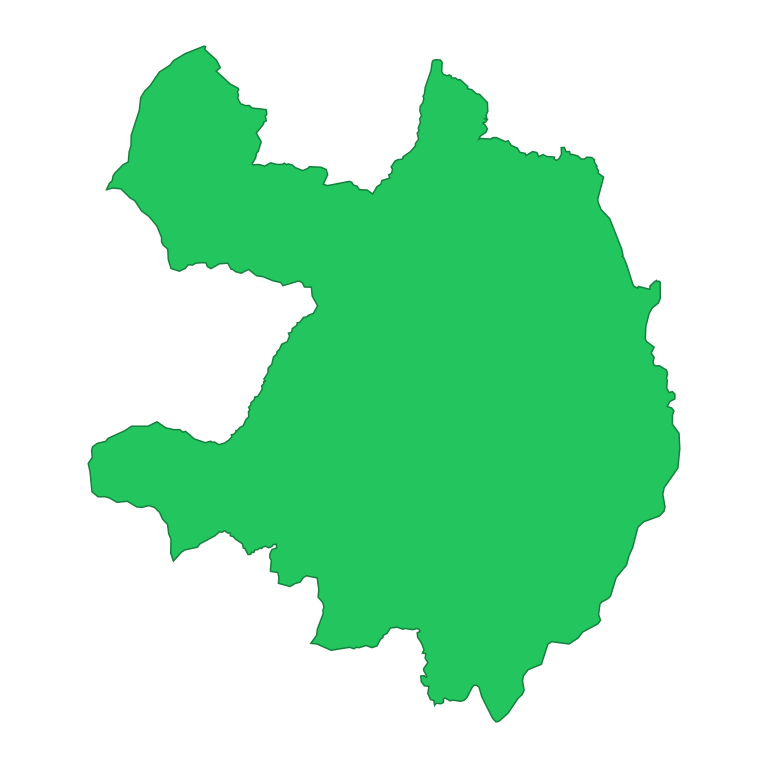 the district of Palermo, Huila, Colombia
{"feature_id": "7082276B31327332190978", "entity_name": "Palermo", "entity_type": "district", "adm_level": 2, "iso_a3": "COL", "parent_name": "Colombia", "parent_adm1": "Huila", "projection": "orthographic", "projection_center": [-75.466, 2.914], "detail": "fine", "context": "isolated", "style": "filled", "palette": "green", "viewbox_px": 768, "rotation_deg": 0, "n_neighbors": 0, "source": "geoboundaries", "source_scale": "gbopen_adm2", "svg_char_len": 6081}
<svg xmlns="http://www.w3.org/2000/svg" viewBox="0 0 768 768"><path d="M131.0,145.5L129.1,152.0L128.3,162.0L123.0,164.8L114.9,173.0L113.1,175.9L112.1,180.9L109.5,183.2L106.5,189.7L112.8,188.0L120.9,188.9L130.3,198.1L134.8,200.7L141.6,211.0L149.0,216.5L153.7,222.1L157.1,226.4L161.5,237.4L161.6,242.0L163.2,245.2L167.8,249.1L168.3,259.5L171.0,268.5L179.4,271.2L185.3,268.4L188.3,264.7L192.5,265.1L195.7,263.2L202.2,262.7L206.0,262.9L207.4,266.6L211.0,268.6L219.5,263.8L227.9,263.2L231.1,269.3L232.8,269.4L235.5,271.7L241.3,273.2L248.6,269.4L256.5,275.7L263.1,276.7L273.1,280.8L280.7,282.5L283.0,285.6L299.1,280.9L302.5,283.0L304.4,287.0L311.4,287.2L312.2,296.0L317.6,305.8L313.3,313.4L308.1,315.4L307.0,317.0L303.6,317.3L299.6,322.4L297.2,322.8L296.8,325.3L292.3,328.5L291.7,332.1L288.4,333.2L289.6,336.1L287.2,341.8L281.7,344.2L279.5,349.3L277.0,351.7L276.5,354.4L273.6,356.7L271.7,364.6L268.1,368.1L268.0,372.8L263.9,379.1L265.3,381.2L263.8,381.6L263.6,384.2L261.7,385.7L262.2,389.1L257.9,396.3L254.7,397.1L254.4,399.5L250.9,402.8L250.9,405.1L248.6,407.4L249.9,409.6L248.5,411.6L248.7,417.0L245.9,419.6L243.2,425.8L240.2,427.2L237.0,430.8L235.9,430.6L235.9,432.1L233.6,434.4L231.4,434.7L231.7,437.1L228.8,440.1L224.6,443.0L218.8,444.7L214.5,442.0L212.0,442.3L210.7,441.2L205.3,442.7L194.2,438.9L185.6,431.4L182.7,432.1L179.9,429.6L173.9,429.7L165.7,427.8L157.0,421.8L148.0,426.2L131.5,426.2L125.2,430.5L108.0,438.4L105.6,441.4L97.4,443.3L92.6,446.8L91.6,450.0L92.2,457.5L88.2,463.6L90.0,471.4L92.0,491.8L98.1,496.8L105.0,496.7L109.5,498.0L117.0,502.3L127.3,501.3L136.7,506.9L142.2,507.4L148.6,505.6L154.6,507.4L159.6,512.4L162.6,519.2L167.6,524.5L168.7,533.7L171.0,539.3L170.7,553.1L173.4,561.1L181.5,552.1L185.2,549.8L197.4,547.2L200.1,543.7L214.8,535.9L219.5,531.9L222.2,532.2L224.5,530.7L227.9,533.1L230.0,533.0L230.4,535.8L233.6,536.8L235.1,538.9L242.5,543.9L243.3,548.1L244.8,548.4L248.1,554.6L250.7,554.3L251.6,552.3L253.8,552.5L254.8,549.9L257.6,549.7L259.7,548.0L261.6,548.6L262.6,547.1L266.0,546.2L268.5,547.8L271.9,546.5L273.2,544.6L276.2,544.2L276.8,547.9L272.0,549.5L269.9,553.9L269.8,557.6L271.3,560.5L270.4,569.9L270.6,571.4L277.8,572.5L279.0,578.1L278.4,583.3L290.1,586.5L295.2,583.5L300.1,582.1L303.4,577.5L306.4,575.8L317.2,577.9L318.8,589.7L318.1,597.1L322.8,602.6L324.0,607.2L322.9,610.2L323.2,613.6L317.4,629.1L316.6,635.3L310.8,643.4L316.7,643.9L331.2,650.3L349.6,647.3L354.1,648.8L356.2,647.3L359.2,647.7L366.0,645.5L371.8,647.6L377.0,646.0L380.4,639.4L383.0,637.5L383.2,635.3L386.9,633.5L390.5,628.0L397.3,627.2L403.0,629.3L404.8,628.4L412.7,629.7L416.4,628.6L419.0,629.0L420.1,631.5L417.2,632.8L417.6,637.1L421.7,643.5L424.0,649.9L422.4,653.1L425.9,653.6L425.1,658.2L427.9,662.6L423.7,668.6L423.6,670.3L427.0,676.5L426.0,677.5L424.3,675.7L420.8,676.0L421.3,681.7L424.3,685.8L428.9,686.4L427.8,693.4L430.4,699.5L433.8,700.5L434.6,705.3L436.2,703.3L441.0,703.7L443.5,702.5L443.4,699.2L444.9,697.9L450.2,700.9L452.8,700.1L460.7,701.3L464.4,700.1L466.8,697.7L472.2,687.3L473.9,685.4L476.3,685.2L479.0,687.1L481.8,696.8L492.6,718.3L496.0,721.9L498.9,721.3L507.9,713.4L518.0,698.4L522.4,694.3L524.1,690.2L522.5,680.8L523.4,675.9L528.1,669.7L541.4,664.2L547.8,644.2L551.7,641.7L569.0,644.0L578.1,638.0L582.7,632.0L598.1,623.7L600.5,620.2L598.6,614.5L599.9,604.3L601.2,602.3L608.0,598.6L610.6,595.8L616.2,577.4L626.5,565.1L629.1,555.4L632.6,547.8L637.9,527.2L643.6,521.8L659.5,516.0L664.1,511.0L665.0,507.0L662.8,494.2L664.2,487.6L677.9,468.0L679.8,448.5L679.0,433.2L672.4,424.3L672.5,415.3L673.9,410.8L671.7,408.0L667.3,406.6L669.7,401.6L674.9,398.8L674.9,394.3L672.4,391.6L669.0,392.5L666.7,388.1L667.3,380.3L666.5,378.4L667.5,373.8L666.6,370.2L659.5,365.8L655.4,365.9L653.7,364.5L653.1,361.6L654.1,357.3L651.2,353.2L654.1,347.2L646.5,341.5L645.3,338.9L645.8,326.6L649.1,313.4L652.3,307.9L658.4,303.0L660.3,298.4L660.2,282.3L659.1,281.2L656.7,281.5L656.5,280.5L654.4,281.8L650.1,285.8L649.8,289.3L638.3,286.4L637.6,288.1L634.3,286.5L632.9,284.5L626.8,265.2L623.5,257.2L622.1,256.3L623.0,255.3L621.7,249.0L609.7,218.7L601.0,209.5L598.0,201.9L597.8,199.0L603.6,177.1L598.2,173.1L598.5,170.7L596.3,167.1L597.0,166.5L594.5,162.4L594.5,159.8L591.7,157.5L586.6,157.2L584.4,159.1L581.3,159.1L578.0,156.1L572.1,154.3L570.3,154.7L569.5,151.5L566.0,151.7L564.3,147.4L561.2,147.6L561.5,154.2L558.9,158.9L556.3,160.4L554.1,159.0L554.4,157.1L546.7,156.5L543.0,154.5L538.8,156.7L536.8,152.5L532.5,151.6L526.0,155.5L525.2,153.4L519.9,152.3L517.2,148.1L511.1,145.3L508.2,140.7L505.6,141.7L496.3,137.5L492.5,137.7L491.1,139.1L480.4,138.4L478.8,139.2L480.1,136.3L486.0,132.2L487.4,128.9L484.6,124.2L483.0,123.6L483.3,122.5L485.8,122.0L487.4,119.4L485.0,118.8L486.7,118.0L486.0,115.2L487.8,111.5L487.4,102.5L479.5,94.3L476.3,93.8L471.9,89.7L467.4,88.6L467.8,86.6L460.1,79.6L457.6,79.9L455.7,78.0L451.7,78.0L451.2,76.0L449.3,74.9L447.3,75.7L443.5,74.6L441.7,71.7L442.1,62.2L440.3,60.0L436.4,59.7L433.1,60.4L432.2,62.0L431.0,70.5L425.2,87.3L424.4,94.1L423.0,96.2L423.8,98.1L423.0,102.4L420.2,106.4L419.9,111.1L421.5,115.8L419.6,119.0L420.4,122.3L418.3,127.9L418.9,131.1L417.2,133.1L418.6,139.2L415.5,143.4L415.4,145.9L410.3,151.7L403.0,156.8L402.7,159.1L397.7,159.7L394.9,161.2L391.1,167.0L392.5,169.1L391.5,173.4L388.7,174.8L389.8,178.1L381.9,180.5L380.8,184.3L377.2,186.4L372.7,193.9L367.0,190.0L359.4,189.7L357.0,186.2L353.4,185.0L351.6,182.1L349.2,181.4L327.5,185.6L323.3,184.3L327.7,174.7L326.2,169.5L320.8,167.2L309.2,166.7L308.2,168.2L302.7,170.6L295.2,167.6L292.4,165.1L288.3,163.9L286.5,164.7L284.5,163.2L282.0,164.4L276.3,164.4L270.7,162.8L264.7,166.1L259.1,164.5L252.7,164.8L252.3,163.5L255.7,157.9L256.4,153.5L258.2,151.4L261.2,141.8L256.3,133.1L263.4,124.3L264.1,122.0L266.3,120.8L265.3,116.2L266.8,114.5L266.2,109.6L251.9,108.0L249.4,105.5L245.4,105.6L240.5,103.7L237.5,97.7L238.5,95.8L237.4,91.5L238.6,90.1L238.3,88.4L230.3,84.1L216.2,71.1L220.3,67.6L216.5,60.2L204.8,49.5L205.6,46.5L204.1,46.1L185.3,53.6L173.4,60.7L170.1,65.1L159.4,72.0L150.0,85.8L144.7,91.1L140.7,97.7L139.3,110.3L131.2,135.3L131.0,145.5Z" fill="#22c55e" stroke="#15803d" stroke-width="1.5"/></svg>